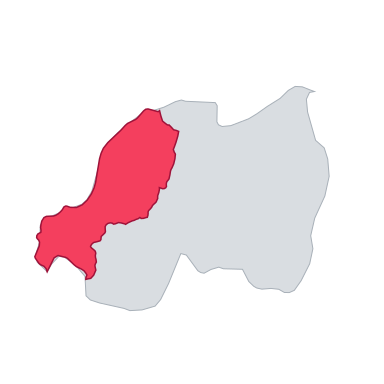 Western highlighted on a map of Rwanda, rotated 18°
{"feature_id": "RWA-3492", "entity_name": "Western", "entity_type": "Province", "adm_level": 1, "iso_a3": "RWA", "parent_name": "Rwanda", "parent_adm1": "", "projection": "natural_earth1", "projection_center": [29.348, -2.109], "detail": "fine", "context": "in_parent", "style": "filled", "palette": "rose", "viewbox_px": 384, "rotation_deg": 18, "n_neighbors": 0, "source": "natural_earth", "source_scale": "10m", "svg_char_len": 3349}
<svg xmlns="http://www.w3.org/2000/svg" viewBox="0 0 384 384"><g transform="rotate(18 192 192)"><path d="M153.5,107.8L157.8,107.7L186.5,99.8L189.3,102.2L194.0,117.6L196.4,119.9L200.4,120.4L208.4,116.9L223.2,104.9L229.6,97.5L237.2,87.3L246.9,75.7L252.2,65.6L257.5,59.7L264.4,57.9L272.1,58.4L277.4,58.6L273.0,61.0L272.1,68.4L277.2,80.2L293.6,104.7L304.1,109.2L310.9,118.7L317.6,134.7L319.6,154.8L316.8,178.9L318.4,196.9L324.5,208.6L326.1,223.9L323.2,242.6L319.7,253.9L315.6,257.6L310.9,259.0L304.6,257.7L296.9,259.3L288.5,262.8L283.2,263.3L279.9,262.6L273.7,259.6L263.9,249.9L245.6,255.3L240.7,255.2L234.0,259.8L228.6,265.5L225.2,265.9L221.9,265.1L206.1,253.7L200.4,254.0L198.0,286.2L195.4,304.0L192.2,311.9L180.9,319.6L169.6,324.0L163.4,323.7L138.5,326.1L128.7,326.1L123.3,323.5L116.3,305.3L103.1,297.2L90.4,293.4L85.3,294.4L80.7,304.0L78.8,312.5L66.5,306.6L62.8,299.4L62.5,287.2L58.0,270.5L60.5,263.4L65.3,258.8L75.5,249.9L91.0,237.7L94.4,231.8L96.5,222.1L95.6,199.5L94.1,180.4L95.9,173.6L103.0,158.8L112.5,143.7L123.6,127.7L130.3,126.2L139.0,120.1L148.3,111.2L153.5,107.8Z" fill="#d9dde1" stroke="#a8b0b8" stroke-width="1"/><path d="M118.0,307.9L117.5,305.8L117.7,304.0L117.6,303.3L116.0,301.9L113.6,300.3L110.7,299.5L105.1,298.7L102.2,297.6L94.1,293.6L92.0,293.2L84.2,293.8L81.2,297.2L78.9,312.6L76.9,310.0L74.2,308.4L70.2,307.9L68.4,307.1L63.5,303.4L62.5,302.1L63.4,290.4L62.5,286.8L61.1,285.2L59.6,284.4L58.4,283.5L57.9,281.5L58.4,279.5L60.7,277.1L60.3,275.2L58.9,272.4L58.4,269.4L58.1,266.1L59.1,262.1L61.0,260.2L64.6,258.8L67.3,257.9L69.6,256.3L71.5,254.1L73.1,251.3L74.1,249.0L74.5,247.3L74.7,246.0L76.0,244.5L77.2,244.1L81.0,244.2L86.9,242.4L91.5,238.2L94.8,232.2L96.9,225.0L97.6,218.5L97.4,213.0L93.8,188.9L93.6,183.3L94.2,177.8L96.7,171.0L101.7,161.8L105.1,155.6L107.9,149.4L109.5,146.7L115.9,140.5L117.2,138.5L120.9,129.9L122.4,127.6L124.5,126.6L134.6,126.1L135.0,126.0L135.3,125.8L135.5,125.4L136.0,124.6L136.6,125.6L138.9,129.3L142.1,133.7L145.0,134.8L147.5,135.7L148.6,135.7L149.5,135.3L150.0,135.7L150.7,135.9L152.9,137.1L155.3,138.5L158.0,138.3L160.6,138.5L161.2,143.2L161.4,149.5L161.3,153.9L161.1,157.3L162.8,159.6L164.2,160.8L164.6,161.4L164.9,163.0L165.5,165.7L165.9,170.9L165.5,175.2L165.1,177.0L165.1,178.8L165.7,182.6L166.1,186.7L165.4,188.7L164.9,189.8L164.9,191.5L165.4,193.3L166.0,194.5L165.7,196.1L164.5,197.4L162.9,198.0L160.9,197.9L159.6,197.9L160.2,199.4L160.6,202.8L160.5,206.0L161.0,207.8L161.4,208.8L161.2,210.1L161.1,211.4L160.9,212.8L160.0,214.5L159.3,215.6L159.0,216.3L158.5,217.3L158.5,218.4L157.8,220.5L156.5,223.1L156.4,224.7L156.8,225.6L157.3,227.8L157.3,229.9L156.2,230.5L154.8,231.5L153.9,232.1L152.8,232.5L151.8,232.9L151.0,232.5L150.3,232.3L149.7,233.2L149.0,234.1L147.3,235.3L145.8,236.8L144.1,237.9L140.8,240.9L138.8,243.3L138.0,243.1L136.5,243.2L134.2,243.3L131.5,243.8L129.0,245.9L127.3,246.8L125.8,246.3L123.8,246.6L121.8,247.8L120.5,249.7L120.1,251.8L121.0,254.3L121.9,256.4L121.8,257.8L120.5,260.3L119.4,262.3L119.7,263.8L120.1,265.5L119.6,266.9L116.9,268.7L114.1,270.4L112.9,272.3L112.3,274.4L112.4,275.4L114.1,276.4L116.5,277.3L118.3,278.2L119.4,279.9L119.7,282.3L120.5,284.2L121.5,285.7L122.2,287.2L122.7,288.2L122.4,289.7L122.3,291.1L122.5,292.2L123.1,293.3L124.7,296.0L124.2,301.5L122.4,305.4L121.2,306.1L120.5,306.4L118.0,307.9Z" fill="#f43f5e" stroke="#9f1239" stroke-width="1.5"/></g></svg>